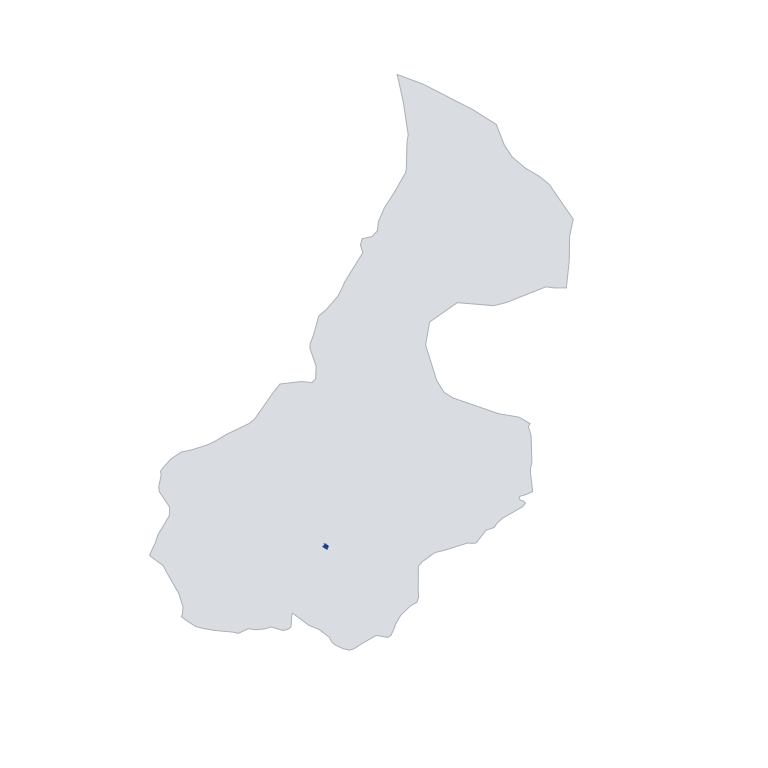 Lubāna, Lubanas, Latvia shown in context, rotated 111°
{"feature_id": "27541924B15535016955578", "entity_name": "Lubāna", "entity_type": "district", "adm_level": 2, "iso_a3": "LVA", "parent_name": "Latvia", "parent_adm1": "Lubanas", "projection": "albers", "projection_center": [26.715, 56.896], "detail": "fine", "context": "in_parent", "style": "filled", "palette": "blue", "viewbox_px": 768, "rotation_deg": 111, "n_neighbors": 0, "source": "geoboundaries", "source_scale": "gbopen_adm2", "svg_char_len": 3014}
<svg xmlns="http://www.w3.org/2000/svg" viewBox="0 0 768 768"><g transform="rotate(111 384 384)"><path d="M546.1,561.3L541.9,560.5L530.1,555.9L520.2,548.9L514.3,539.8L504.2,527.2L497.5,520.8L487.1,512.7L469.7,496.2L463.4,492.3L432.5,484.6L421.3,481.1L411.5,462.4L408.4,451.6L403.4,449.6L397.8,451.7L391.7,453.7L377.4,465.8L372.9,467.4L364.2,467.3L343.9,469.3L334.9,464.4L319.1,458.7L310.5,457.6L302.8,457.3L269.0,450.8L262.6,455.8L256.2,456.5L250.6,447.9L243.2,445.1L234.7,447.4L219.5,446.8L201.6,443.1L178.9,439.6L175.4,440.2L149.2,449.4L142.8,450.6L113.7,467.1L90.3,482.6L90.1,454.7L96.1,399.3L101.5,372.1L117.8,357.3L126.3,345.4L131.9,329.1L134.4,313.8L138.4,301.3L162.4,266.4L179.5,263.7L203.0,255.1L228.9,248.2L233.2,259.3L235.2,267.6L264.3,299.3L271.6,309.7L281.8,344.8L309.9,363.7L332.8,359.1L343.0,351.0L361.8,336.1L370.3,324.9L372.3,313.9L370.7,266.6L366.6,246.0L368.7,233.3L371.8,234.1L379.5,228.2L404.7,217.6L409.6,217.2L415.3,215.0L431.1,206.7L436.0,211.5L440.1,216.8L442.4,216.9L443.6,215.0L443.3,211.6L444.5,209.2L448.9,210.7L466.7,225.2L473.6,228.7L478.4,229.7L484.0,236.4L499.4,241.1L501.2,244.6L502.4,248.9L516.8,267.1L523.3,276.2L536.2,284.6L541.8,286.6L564.5,278.1L570.8,275.2L576.0,275.1L581.3,279.6L593.5,285.4L604.6,287.3L606.6,286.8L615.9,287.4L619.2,289.7L621.5,301.2L632.3,310.1L642.3,317.5L644.9,321.0L645.7,327.7L645.2,335.5L644.0,339.6L640.0,344.4L636.5,356.3L636.2,367.6L630.7,387.2L632.0,387.5L644.1,383.8L647.5,385.8L650.3,390.0L651.3,402.3L655.4,407.7L659.6,416.2L661.0,422.9L669.0,430.7L669.7,435.9L674.8,454.0L676.9,464.5L677.9,472.6L675.8,483.0L673.8,490.0L671.4,489.6L664.4,491.6L653.4,500.2L637.0,520.3L632.8,524.8L628.6,539.9L627.6,541.5L617.8,540.9L615.2,540.6L605.4,541.0L584.1,537.2L575.9,539.8L565.1,555.1L560.9,557.4L548.3,559.5L546.1,561.3Z" fill="#d9dde1" stroke="#a8b0b8" stroke-width="1"/><path d="M554.9,381.7L555.0,381.6L555.3,381.5L555.3,381.4L555.5,381.4L555.4,381.1L555.5,381.1L555.8,381.1L555.8,380.9L556.0,380.8L556.1,380.7L556.2,380.8L556.2,381.0L556.3,381.0L556.5,381.2L556.8,381.2L556.9,381.4L556.9,381.5L557.0,381.9L557.0,382.1L557.1,382.4L557.3,382.4L557.2,382.2L557.1,381.9L557.3,381.6L557.4,381.4L557.5,381.4L557.6,381.2L557.8,381.1L558.0,381.1L558.0,380.9L558.0,380.7L557.9,380.4L557.9,379.8L557.9,379.5L558.0,379.4L558.1,379.2L558.3,379.0L558.3,378.9L558.4,378.7L558.2,378.3L558.2,378.2L558.0,378.3L557.9,378.4L557.9,378.5L557.7,378.7L557.7,378.8L557.5,378.7L557.4,378.6L557.2,378.6L557.0,378.4L556.9,378.2L556.7,378.1L556.4,378.2L556.2,378.3L556.2,378.2L555.9,378.1L555.8,378.3L555.7,378.2L555.6,378.3L555.5,378.5L555.4,378.7L555.4,378.8L555.3,379.0L555.2,378.9L555.1,379.0L555.2,379.3L555.3,379.4L555.2,379.4L555.2,379.5L555.3,379.6L555.5,379.5L555.4,379.7L555.4,379.8L555.5,379.8L555.6,379.7L555.6,379.8L555.8,379.8L556.1,379.8L556.3,379.8L556.3,380.0L556.2,380.1L555.9,380.3L555.6,380.3L555.4,380.6L555.3,380.8L555.2,381.0L554.9,381.0L554.7,381.0L554.8,381.3L554.9,381.5L554.9,381.7Z" fill="#3b82f6" stroke="#1e3a8a" stroke-width="1.5"/></g></svg>